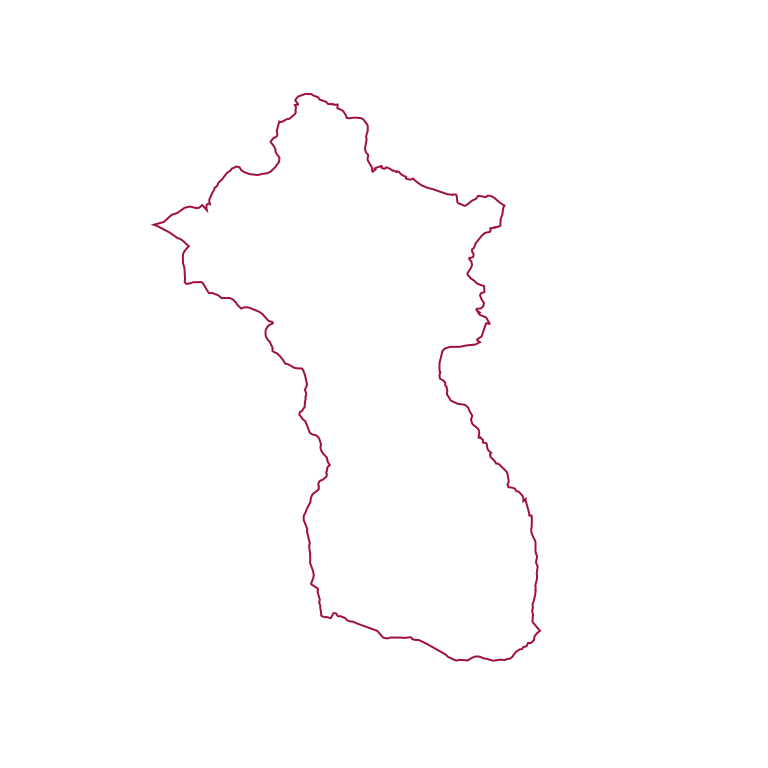 Criscior, Hunedoara, Romania, rotated 162°
{"feature_id": "2599482B35707480830117", "entity_name": "Criscior", "entity_type": "district", "adm_level": 2, "iso_a3": "ROU", "parent_name": "Romania", "parent_adm1": "Hunedoara", "projection": "equal_earth", "projection_center": [22.863, 46.127], "detail": "fine", "context": "isolated", "style": "outline", "palette": "rose", "viewbox_px": 768, "rotation_deg": 162, "n_neighbors": 0, "source": "geoboundaries", "source_scale": "gbopen_adm2", "svg_char_len": 6140}
<svg xmlns="http://www.w3.org/2000/svg" viewBox="0 0 768 768"><g transform="rotate(162 384 384)"><path d="M553.7,606.6L550.1,603.6L540.9,594.1L535.4,586.7L533.3,585.2L531.6,583.2L527.1,575.4L532.4,572.2L534.4,570.4L535.8,567.7L537.8,561.0L538.0,555.8L540.8,545.3L542.0,542.7L541.8,541.7L540.8,540.2L536.8,539.6L534.2,539.8L526.1,537.3L525.1,535.7L522.5,524.5L519.2,523.6L514.5,519.9L511.8,515.8L505.2,513.9L503.6,513.0L501.5,511.0L499.5,507.0L499.1,504.7L496.5,499.9L494.1,500.1L491.2,499.6L488.3,498.0L480.4,491.3L478.1,488.3L474.6,480.2L473.6,479.1L471.1,477.6L470.9,476.1L475.5,475.4L477.4,474.2L479.6,472.2L480.8,469.7L481.7,466.2L480.7,461.3L479.6,459.7L478.8,452.5L479.9,450.1L479.1,448.8L476.2,446.1L474.2,442.3L472.7,438.2L471.9,434.7L471.0,433.5L469.0,432.3L464.5,427.3L462.4,426.0L457.1,424.0L456.6,422.2L456.4,417.4L457.3,407.5L458.5,405.7L461.0,403.0L460.9,400.0L461.5,397.3L462.6,396.3L463.3,393.7L464.7,391.3L466.8,386.3L468.4,385.5L470.2,383.7L472.6,383.4L474.0,381.2L472.2,375.8L470.3,372.7L469.6,360.6L467.9,358.3L464.3,356.0L463.0,353.8L462.5,351.8L462.5,346.7L463.4,344.2L464.1,343.4L464.3,340.2L463.6,337.0L461.1,331.7L461.6,327.6L460.6,323.7L463.5,322.3L464.2,321.3L464.7,319.5L466.4,317.8L466.2,315.8L467.4,313.7L472.2,311.8L474.5,311.7L476.0,311.1L477.7,308.4L477.5,306.9L478.3,305.5L478.4,304.3L479.0,303.7L485.0,301.7L486.7,300.6L488.7,298.2L490.6,294.3L496.0,289.1L498.8,285.5L500.4,284.2L501.6,282.2L502.4,279.1L501.8,270.5L502.9,266.7L503.8,255.5L505.4,252.9L506.5,246.2L508.8,238.6L509.6,237.5L509.3,229.1L509.7,224.3L511.3,221.2L514.9,216.9L515.0,215.8L510.2,210.1L510.3,208.7L511.2,207.5L511.5,204.9L511.7,198.8L513.3,195.8L513.0,193.2L513.9,190.5L514.3,186.9L515.2,183.4L515.0,182.5L512.3,180.5L510.5,180.1L507.4,177.9L506.7,177.9L503.4,181.3L502.2,181.6L500.8,180.8L500.1,180.0L499.9,178.2L499.2,177.1L497.1,176.6L493.6,173.7L492.0,170.7L490.3,169.0L486.8,167.5L484.0,164.8L466.7,151.3L463.2,143.1L460.9,141.6L458.4,140.8L456.3,140.9L445.8,137.4L444.4,136.6L436.8,134.9L436.1,133.8L436.0,132.6L432.9,130.7L430.1,129.8L423.4,123.4L409.1,107.8L407.4,104.7L401.7,99.3L400.3,98.5L397.7,98.4L390.1,95.3L384.0,96.5L381.3,96.6L377.3,95.2L374.1,92.3L371.0,90.8L367.5,88.2L364.9,86.9L359.0,86.0L354.3,84.1L351.9,84.5L349.3,83.8L346.4,84.8L341.6,88.3L340.1,88.9L336.7,89.7L334.9,89.1L333.0,90.6L329.4,90.7L327.1,93.1L324.4,92.2L320.4,94.2L318.8,97.6L315.0,100.0L311.9,101.0L316.3,112.0L313.6,118.6L313.2,122.6L311.7,124.9L310.7,128.9L308.8,131.0L305.2,137.1L303.7,140.4L303.9,140.8L303.7,141.5L303.2,141.8L302.1,146.1L298.7,151.5L297.6,154.7L297.5,156.2L294.3,162.8L294.6,167.4L291.8,172.4L291.8,177.5L288.8,186.7L288.7,188.5L289.4,192.3L289.7,197.2L288.9,200.3L287.5,203.0L284.8,210.7L284.4,213.4L285.9,213.6L286.4,214.2L286.1,214.6L285.8,217.6L285.3,229.5L284.9,230.8L287.6,229.5L286.8,232.1L286.8,234.8L288.9,239.4L289.4,240.2L291.3,241.2L291.7,243.9L294.1,245.8L297.6,247.5L297.6,250.3L295.8,252.1L295.3,253.5L294.3,261.0L294.7,263.1L299.0,271.4L300.3,273.2L301.9,273.6L302.6,276.7L305.3,281.9L304.9,283.0L305.1,284.2L303.4,285.5L305.1,288.1L305.6,290.6L304.8,295.4L305.0,296.1L307.8,297.6L307.9,298.5L307.1,300.1L308.4,302.3L309.1,302.8L309.0,303.6L310.5,303.8L308.4,308.4L308.1,310.8L308.8,313.1L311.9,317.8L312.4,319.5L312.2,323.5L310.0,326.2L309.9,326.8L310.9,331.1L311.2,335.1L312.1,337.2L313.7,339.4L319.8,342.2L325.5,347.5L327.4,355.0L325.7,358.4L325.9,359.4L325.3,361.4L326.2,364.1L325.3,366.4L326.6,369.0L329.1,371.8L328.6,375.0L326.8,377.9L327.2,378.2L326.8,380.6L324.7,386.8L318.4,397.0L316.4,398.4L314.3,398.9L309.7,398.9L300.7,396.0L293.8,395.2L284.9,393.3L279.9,394.2L281.9,397.0L281.5,397.7L276.6,399.0L268.2,410.1L267.3,410.1L265.7,408.7L264.9,408.8L266.3,415.7L271.4,420.1L272.3,422.3L270.9,422.5L273.2,425.4L273.0,426.5L272.4,426.8L268.4,425.9L265.3,427.4L263.9,430.1L265.1,434.3L265.3,438.6L263.9,440.3L260.1,440.4L258.8,445.2L258.7,446.2L264.3,450.6L266.8,455.1L268.6,457.3L270.6,461.9L270.7,462.8L270.2,463.7L264.8,468.1L263.4,470.3L263.1,473.8L264.2,475.7L264.2,476.8L263.9,477.6L262.1,477.1L259.8,477.4L258.8,479.2L258.8,480.7L259.3,482.1L258.8,484.7L256.0,485.9L253.5,489.4L245.1,494.9L241.3,496.5L236.1,496.0L234.9,497.5L234.9,499.2L230.1,498.8L230.3,498.4L224.8,498.4L224.3,498.9L222.1,504.8L219.1,508.5L217.0,513.0L215.3,515.7L214.3,516.4L217.7,520.5L221.9,527.5L225.0,530.3L227.5,531.1L229.4,530.3L236.2,533.9L239.6,531.6L243.4,531.2L251.0,528.4L252.5,528.7L257.6,533.1L258.0,534.3L256.7,540.9L257.0,541.8L259.6,543.0L260.1,542.6L265.1,544.9L277.5,554.3L281.8,557.0L287.2,561.7L292.0,568.4L292.8,570.4L295.5,570.1L299.2,572.2L299.7,572.8L298.9,574.0L302.6,577.6L304.2,580.9L305.9,582.3L306.5,581.7L309.2,584.3L310.0,584.2L311.8,586.9L314.2,588.9L315.3,589.4L316.5,588.5L317.3,588.6L319.3,590.1L319.5,590.8L318.8,591.7L319.2,592.2L325.7,592.0L326.3,591.6L325.8,590.7L329.1,589.4L329.4,591.0L328.5,593.0L330.3,601.7L330.2,602.8L328.2,606.8L329.4,609.3L329.6,612.6L329.2,614.0L324.9,622.1L324.6,625.0L321.4,629.5L319.7,634.4L320.1,637.1L321.8,641.8L323.0,643.4L325.1,644.6L329.9,646.5L334.8,647.4L337.3,648.7L337.0,649.5L337.2,651.1L338.5,656.3L341.9,659.8L343.0,660.3L342.9,661.4L341.7,664.1L344.2,664.6L345.2,665.4L346.0,665.4L346.2,666.1L350.6,667.5L351.8,670.2L357.3,674.4L358.0,677.0L362.3,680.5L363.4,682.1L369.3,684.2L377.1,683.9L380.6,681.6L380.5,680.1L379.2,676.9L379.5,676.3L382.5,676.8L382.3,674.1L383.9,671.1L383.7,670.4L384.2,669.3L386.1,667.9L392.0,665.5L394.6,665.9L400.9,664.8L402.5,666.0L407.8,657.9L408.4,653.9L409.8,652.5L413.5,651.9L416.8,649.7L416.8,648.4L415.3,644.4L414.8,641.7L414.8,640.0L415.3,639.1L415.4,637.7L413.5,631.5L415.2,627.7L420.3,623.9L426.3,620.9L430.1,620.5L434.7,621.4L439.6,621.8L446.7,625.0L450.9,628.2L452.5,629.9L453.6,631.3L454.5,634.9L457.7,636.6L459.5,636.0L462.1,635.9L464.0,634.5L468.4,633.1L474.6,628.8L479.0,626.7L482.0,623.6L484.4,623.1L485.1,621.6L488.1,619.0L493.1,613.4L493.7,611.7L494.0,608.8L494.9,609.6L496.3,609.7L497.3,609.0L498.5,606.7L498.8,604.1L501.6,610.3L505.3,608.8L507.0,609.0L508.4,609.4L513.6,612.7L519.2,613.2L527.8,610.5L533.8,610.5L543.3,606.1L553.7,606.6Z" fill="none" stroke="#9f1239" stroke-width="2"/></g></svg>